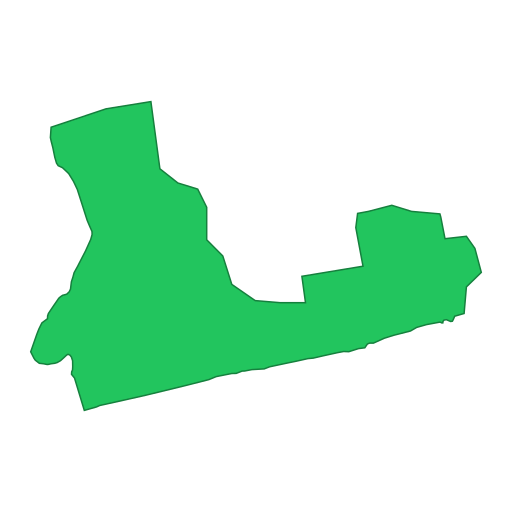 Ablekuma West Municipal, Greater Accra, Ghana
{"feature_id": "2480657B12570528382412", "entity_name": "Ablekuma West Municipal", "entity_type": "district", "adm_level": 2, "iso_a3": "GHA", "parent_name": "Ghana", "parent_adm1": "Greater Accra", "projection": "robinson", "projection_center": [-0.256, 5.538], "detail": "fine", "context": "isolated", "style": "filled", "palette": "green", "viewbox_px": 512, "rotation_deg": 0, "n_neighbors": 0, "source": "geoboundaries", "source_scale": "gbopen_adm2", "svg_char_len": 1709}
<svg xmlns="http://www.w3.org/2000/svg" viewBox="0 0 512 512"><path d="M150.9,101.6L106.1,108.8L51.1,127.2L50.4,137.6L51.2,141.3L52.8,147.5L54.8,157.3L56.5,163.1L58.2,165.7L62.5,167.7L68.7,173.6L73.5,181.4L77.3,189.4L81.3,201.9L84.8,212.9L87.2,220.4L89.7,226.3L92.0,231.5L92.1,234.5L90.7,239.5L85.6,250.8L79.0,263.6L77.7,266.2L76.3,268.7L74.1,272.7L72.9,277.2L71.4,281.8L70.5,289.1L69.2,291.8L66.7,294.2L62.6,295.3L60.4,296.8L58.8,298.2L56.4,301.7L53.9,305.3L50.8,309.9L48.4,313.5L47.6,315.9L47.5,318.7L41.9,322.9L41.0,324.7L38.8,329.2L36.7,334.6L30.7,351.8L34.0,358.3L35.3,360.2L39.3,363.3L43.7,363.8L47.1,364.5L48.4,364.4L50.9,363.8L54.7,363.3L57.1,362.6L60.5,360.7L63.6,357.9L66.6,355.1L68.0,354.3L69.9,355.1L71.4,357.0L72.6,360.8L72.7,366.9L72.5,370.0L71.7,371.7L71.5,374.3L72.7,375.8L74.5,378.0L84.3,410.4L96.6,406.9L99.7,405.5L124.5,400.0L145.8,395.2L185.3,385.6L208.9,379.6L216.2,376.6L219.7,375.9L231.8,373.5L236.2,373.4L242.1,371.1L244.7,371.0L251.9,369.6L264.2,368.9L269.6,366.8L276.6,365.3L288.4,362.8L295.8,361.3L307.9,358.6L313.3,358.1L323.2,355.8L337.3,352.7L343.6,351.5L348.8,351.7L358.5,348.6L364.8,347.8L367.4,344.0L369.6,343.1L373.5,343.1L384.1,338.3L393.6,335.3L410.5,331.0L416.7,327.4L426.5,324.6L440.0,322.1L442.0,323.0L442.9,322.8L442.8,321.7L444.0,320.1L446.4,319.7L450.7,321.5L452.4,321.2L453.3,319.5L454.7,316.2L464.1,313.5L466.4,286.9L481.3,272.4L474.9,248.4L466.4,236.3L445.0,238.7L440.8,217.1L439.9,213.9L411.5,211.4L391.8,205.3L368.4,211.4L357.6,213.4L355.8,227.6L363.0,266.2L301.9,276.3L305.5,302.7L280.3,302.7L255.2,300.6L231.8,284.4L222.8,256.0L206.7,239.8L206.7,207.3L197.7,189.1L177.9,183.0L159.9,168.8L150.9,101.6Z" fill="#22c55e" stroke="#15803d" stroke-width="1.5"/></svg>